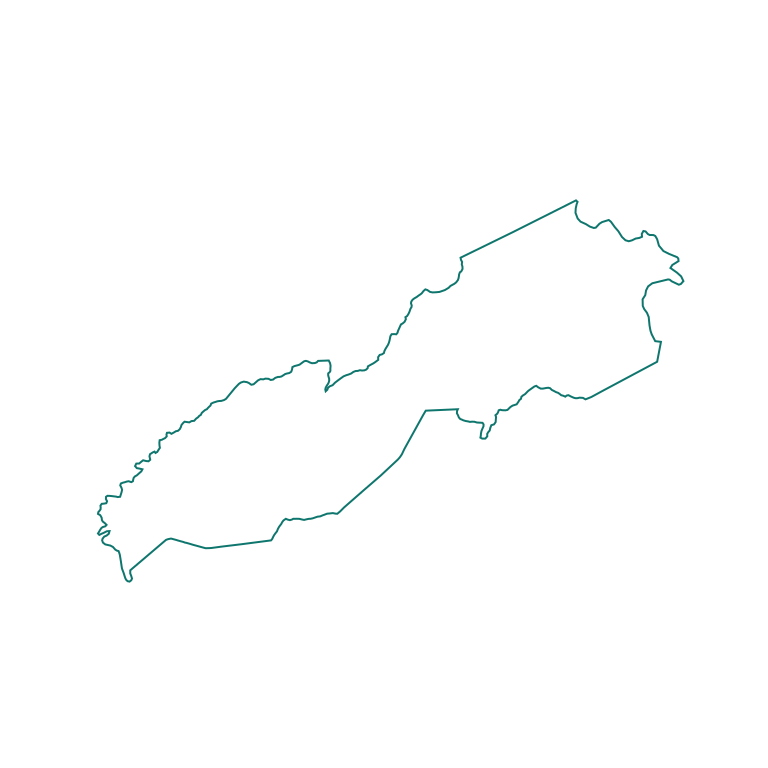 the district of Rodrigues Alves, Acre, Brazil, rotated 161°
{"feature_id": "56859067B4793362369787", "entity_name": "Rodrigues Alves", "entity_type": "district", "adm_level": 2, "iso_a3": "BRA", "parent_name": "Brazil", "parent_adm1": "Acre", "projection": "orthographic", "projection_center": [-73.114, -7.862], "detail": "fine", "context": "isolated", "style": "outline", "palette": "teal", "viewbox_px": 768, "rotation_deg": 161, "n_neighbors": 0, "source": "geoboundaries", "source_scale": "gbopen_adm2", "svg_char_len": 6138}
<svg xmlns="http://www.w3.org/2000/svg" viewBox="0 0 768 768"><g transform="rotate(161 384 384)"><path d="M570.9,278.9L541.7,272.9L540.1,273.9L538.8,275.3L537.2,276.8L535.4,278.1L533.2,279.5L531.5,281.5L529.6,283.2L526.6,285.2L525.4,286.4L523.5,287.7L520.7,288.5L519.3,287.2L517.3,285.9L515.3,285.8L513.7,286.1L512.1,285.5L510.4,285.0L507.8,284.0L506.0,282.8L503.8,281.5L501.4,281.3L499.1,281.0L497.4,280.5L495.2,280.2L490.0,280.2L487.4,279.6L484.5,279.8L482.9,279.8L480.0,279.9L477.2,279.2L474.4,278.6L472.2,277.3L470.4,276.5L467.0,277.8L461.9,280.3L437.4,290.3L416.7,298.6L395.4,308.1L392.8,309.6L390.0,311.7L385.9,315.9L357.2,341.8L353.2,345.2L322.4,336.1L323.7,334.7L324.6,332.6L324.2,330.4L324.1,328.0L323.3,326.1L322.0,325.0L320.9,323.9L318.8,322.4L316.6,321.2L315.1,320.2L313.0,319.7L310.9,318.9L308.6,317.3L306.9,316.6L305.1,315.9L303.5,315.2L303.0,313.4L303.7,311.6L305.4,309.8L307.1,307.9L308.5,305.5L309.3,303.6L310.3,301.9L308.9,300.4L305.9,299.4L303.4,300.9L302.6,303.3L301.0,304.6L299.2,305.6L297.8,307.9L295.9,310.1L293.1,310.0L290.8,311.7L289.7,314.3L288.8,316.3L288.8,318.2L286.5,319.1L285.2,320.3L284.1,321.8L282.4,321.8L280.9,320.8L277.8,319.6L275.7,319.3L273.6,320.3L271.9,321.1L269.5,321.7L265.2,321.6L262.6,323.5L261.3,324.7L259.3,325.4L258.3,327.1L256.5,327.9L253.9,328.5L251.9,329.5L250.4,330.3L248.7,330.9L244.6,332.1L242.6,332.7L240.6,332.7L239.4,330.8L237.3,328.6L235.2,327.9L231.7,327.4L229.7,326.9L228.3,325.9L227.3,323.8L225.4,321.9L224.1,320.4L222.2,318.9L221.0,317.2L220.1,315.7L218.4,314.6L216.7,313.0L215.2,313.6L213.3,313.4L211.3,311.3L208.9,309.1L207.5,308.2L205.6,307.6L203.5,307.4L200.4,306.1L198.5,303.9L192.2,304.2L179.7,306.3L118.5,316.1L108.4,333.7L113.6,336.2L114.7,343.8L114.7,347.5L113.9,352.8L111.9,361.2L112.2,365.8L113.6,370.2L113.9,373.6L111.9,379.9L108.0,383.0L105.8,387.1L102.5,390.3L97.5,391.9L81.4,390.4L79.9,389.6L78.5,387.4L72.9,381.9L70.8,381.9L67.4,383.8L68.0,389.0L70.7,393.9L75.4,400.4L72.6,402.7L65.5,404.3L64.9,406.8L65.5,408.4L72.1,414.2L76.5,418.7L79.0,425.3L78.6,432.0L79.3,435.6L80.7,437.1L84.3,438.4L85.7,439.9L87.0,443.1L88.9,444.2L91.4,442.0L92.1,439.2L95.1,439.0L98.7,439.6L102.8,439.1L106.1,439.3L108.9,441.3L111.1,445.5L112.7,452.2L114.7,457.2L116.6,463.5L118.1,465.9L125.1,466.1L128.1,465.4L132.8,462.9L134.8,463.2L138.1,465.8L141.0,469.4L145.3,473.5L147.0,477.4L147.2,483.5L145.5,487.7L143.3,491.3L141.7,493.2L142.7,495.1L213.0,485.6L270.5,478.5L270.8,476.3L270.4,474.0L271.5,471.8L271.6,469.5L272.3,467.2L274.3,465.3L275.9,464.9L277.4,463.0L278.1,461.5L279.1,459.7L280.3,458.2L282.7,456.6L285.0,455.8L287.0,455.5L289.2,455.1L291.6,453.9L295.8,453.0L298.3,453.0L301.6,453.0L303.2,453.4L304.9,453.8L308.3,454.8L310.5,456.1L312.4,458.7L314.1,460.0L316.3,459.1L318.9,457.4L320.8,456.8L322.7,456.3L324.8,455.6L327.4,455.1L329.5,454.4L331.3,453.1L332.2,451.6L332.2,449.3L333.0,447.7L334.4,446.6L336.5,443.9L338.2,442.2L340.1,440.7L342.0,440.2L342.2,438.2L344.3,436.1L346.6,435.2L348.6,434.8L350.3,433.0L353.5,429.6L354.5,428.1L356.2,427.0L358.2,427.9L360.6,428.6L362.4,427.1L364.5,423.5L365.8,421.6L367.4,419.8L371.4,416.5L372.9,415.0L374.0,413.3L376.3,412.7L378.6,412.9L380.8,411.3L381.6,408.7L385.7,407.4L387.8,406.9L389.8,406.6L393.5,405.9L394.3,404.3L396.2,403.4L398.1,403.3L400.4,403.9L402.3,404.9L404.5,404.9L406.5,405.5L409.0,405.4L411.7,404.6L414.7,404.5L416.7,404.6L419.8,404.4L424.8,402.9L427.5,402.0L429.9,401.2L433.0,399.6L435.9,399.5L438.1,398.7L439.5,397.0L441.5,396.1L441.3,397.9L440.4,399.4L438.7,401.0L436.7,402.5L435.5,403.8L434.6,405.3L434.1,407.0L434.1,408.8L433.9,410.6L433.3,412.2L431.5,412.9L430.4,413.9L429.8,415.8L428.6,418.6L428.2,421.3L428.6,424.2L438.8,427.3L440.5,426.4L442.5,426.3L445.3,427.1L447.1,428.5L448.7,430.2L450.3,431.3L452.0,431.5L454.7,430.7L457.5,429.8L459.1,429.8L462.8,430.1L465.1,429.8L466.2,427.7L467.7,425.8L470.0,425.2L472.2,425.5L474.1,425.6L476.0,425.1L478.5,424.5L480.5,424.7L482.0,425.2L484.8,425.2L487.5,424.3L489.8,424.7L491.5,426.5L494.4,427.7L496.6,427.7L499.2,428.8L501.8,428.5L507.4,426.2L509.7,426.5L511.5,429.0L512.9,430.3L515.8,431.9L518.7,432.0L521.1,431.4L526.5,428.6L538.2,421.4L540.5,420.9L543.4,421.0L545.5,421.6L547.3,421.9L549.2,421.9L551.3,422.0L553.8,421.7L555.1,420.1L556.8,419.4L558.4,418.6L559.7,417.8L561.4,417.7L563.6,416.9L565.7,416.0L567.3,414.4L568.9,414.1L570.6,413.1L573.0,412.4L575.4,411.0L578.1,411.6L580.6,411.1L584.9,413.3L586.5,412.6L588.8,411.2L590.1,409.4L591.8,407.8L594.1,406.8L596.2,407.1L598.3,406.6L601.2,406.1L602.6,407.9L605.1,408.5L606.1,407.1L606.5,405.2L608.6,404.1L610.5,403.9L612.2,403.6L614.4,403.9L615.5,401.7L616.3,398.9L616.7,396.6L618.7,395.1L620.5,393.6L622.5,393.2L623.0,394.8L625.0,394.6L628.1,393.8L629.3,392.0L629.7,388.5L631.8,387.6L634.0,388.6L636.6,390.3L638.9,389.5L641.4,388.5L644.1,389.4L646.1,387.4L645.1,384.9L642.7,383.6L640.2,382.0L641.9,380.4L644.4,379.4L647.4,378.1L649.6,377.7L651.2,376.8L652.1,375.5L653.1,373.8L654.9,373.5L657.1,375.2L659.0,375.5L660.9,375.5L663.0,375.7L665.2,375.6L666.4,374.0L666.0,371.4L666.1,369.2L667.4,367.1L668.8,365.2L670.2,363.3L672.6,363.8L673.9,364.7L677.8,366.6L679.5,367.4L681.8,368.3L683.5,367.9L684.4,365.8L684.0,363.3L685.4,361.7L687.9,362.1L689.9,362.6L691.7,361.3L692.1,359.5L692.8,357.8L694.2,356.8L695.8,355.9L696.7,354.3L695.0,352.3L694.5,349.5L695.0,347.2L694.7,345.5L693.3,343.4L692.2,341.1L693.8,340.2L696.7,340.3L698.3,339.7L700.0,338.4L701.2,337.3L703.1,335.8L702.3,334.0L699.4,334.4L697.6,334.5L694.0,335.0L691.4,334.3L693.0,332.0L695.6,331.0L698.2,330.8L700.4,329.4L701.4,328.0L701.4,325.6L699.8,323.1L697.1,321.4L695.3,320.3L693.3,318.1L692.0,314.9L690.8,313.4L689.4,312.5L689.3,310.5L689.4,308.5L690.5,302.0L690.9,299.9L691.8,295.1L691.8,293.4L691.7,290.5L691.7,288.9L691.8,286.7L691.8,284.3L691.5,282.7L690.6,281.0L688.9,280.0L686.9,280.7L685.6,282.1L685.5,284.8L685.6,287.5L684.6,290.4L682.2,291.4L640.8,307.6L638.7,307.6L635.7,307.2L634.2,306.2L631.4,304.3L629.6,303.0L627.0,301.2L625.2,300.0L623.9,298.9L622.5,298.1L621.2,297.2L619.2,295.8L616.6,293.9L614.2,292.3L608.8,288.6L606.1,286.8L602.6,285.7L600.4,285.1L590.9,283.2L570.9,278.9Z" fill="none" stroke="#0f766e" stroke-width="2"/></g></svg>